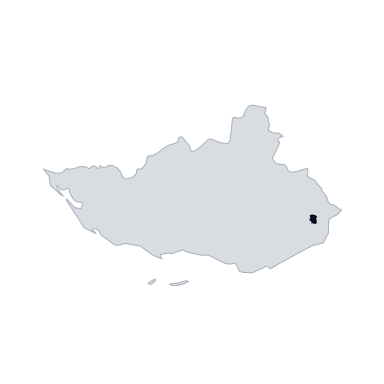 Cucuyagua, Copán, Honduras shown in context, rotated 194°
{"feature_id": "27666195B10036969380413", "entity_name": "Cucuyagua", "entity_type": "district", "adm_level": 2, "iso_a3": "HND", "parent_name": "Honduras", "parent_adm1": "Copán", "projection": "natural_earth1", "projection_center": [-88.859, 14.693], "detail": "fine", "context": "in_parent", "style": "filled", "palette": "ink", "viewbox_px": 384, "rotation_deg": 194, "n_neighbors": 0, "source": "geoboundaries", "source_scale": "gbopen_adm2", "svg_char_len": 3760}
<svg xmlns="http://www.w3.org/2000/svg" viewBox="0 0 384 384"><g transform="rotate(194 192 192)"><path d="M341.3,178.1L328.9,177.3L323.0,179.0L320.5,183.0L318.3,184.7L316.5,184.3L312.8,185.8L307.2,189.3L302.2,190.7L297.6,189.8L296.3,190.7L296.0,191.8L295.3,192.9L293.6,193.5L291.6,193.2L289.3,192.0L288.1,192.5L288.0,194.8L286.8,195.4L284.5,194.3L281.9,195.1L279.0,197.8L275.0,198.4L269.8,196.9L265.7,193.9L262.8,189.6L259.4,188.5L253.4,191.7L250.9,195.5L250.4,197.8L251.0,199.9L249.9,201.3L247.1,202.0L245.0,204.5L243.6,209.0L243.3,212.4L244.2,214.8L242.8,216.6L239.1,217.7L234.8,221.5L229.9,228.0L224.9,232.5L220.0,235.1L217.7,238.0L217.9,241.1L217.6,242.1L216.6,242.5L215.0,242.9L205.5,236.1L202.8,231.3L200.4,232.0L197.4,234.4L193.2,239.8L188.8,247.1L186.6,247.9L175.3,246.8L169.4,247.5L168.2,248.5L167.6,251.1L168.0,254.7L169.6,267.6L170.6,272.9L169.7,274.5L166.6,274.7L162.7,275.5L160.6,277.9L160.1,280.4L159.9,283.9L158.6,287.5L156.2,290.1L153.8,291.0L140.4,291.7L140.6,285.7L136.7,283.3L134.5,278.4L132.6,275.0L133.2,273.0L133.0,270.6L127.6,268.8L122.5,270.2L119.5,269.3L117.3,268.0L121.1,265.1L121.3,263.3L120.1,262.0L118.9,261.1L119.3,257.8L120.0,253.9L122.1,244.7L121.3,243.1L117.9,240.3L113.6,240.1L108.8,240.9L106.5,239.5L104.5,236.4L101.1,234.9L95.0,237.4L88.7,241.2L86.7,242.5L85.1,242.4L84.4,239.5L84.1,236.2L83.7,235.3L80.3,234.1L76.3,233.3L74.3,232.3L72.3,230.1L67.6,227.1L66.5,224.9L60.2,219.9L58.9,217.4L57.4,215.6L54.4,213.3L52.0,213.8L43.9,210.9L42.7,210.7L43.8,208.2L46.4,204.3L51.9,199.9L52.4,196.4L50.9,189.7L49.5,185.3L50.3,183.3L52.0,175.5L53.3,173.7L61.3,169.7L62.1,169.1L68.4,163.6L75.4,157.4L82.6,150.6L90.7,143.0L95.2,138.5L97.3,136.6L102.0,138.2L105.6,134.6L107.8,133.4L112.7,129.1L114.3,128.1L122.6,126.4L126.6,126.4L130.1,130.8L132.9,133.2L138.2,131.1L142.6,130.7L160.8,134.7L168.0,132.9L181.3,132.5L187.2,133.6L195.6,127.8L201.0,126.6L207.4,123.9L206.5,121.2L205.0,120.0L214.7,121.2L229.1,127.0L244.5,125.9L250.0,122.8L253.6,121.9L269.4,127.9L273.6,132.5L276.8,132.9L279.3,131.9L280.0,130.9L276.9,129.9L275.5,128.5L287.9,131.3L311.4,153.1L311.9,154.9L301.9,148.4L296.6,148.9L295.2,150.0L295.5,153.5L296.0,155.1L298.3,155.3L300.0,154.4L304.1,155.5L306.8,157.8L310.2,161.4L312.2,165.3L314.3,165.4L316.4,163.0L320.4,162.7L323.0,165.4L324.8,165.2L322.2,161.2L316.2,157.1L317.6,157.0L331.0,164.2L334.8,173.3L338.0,175.4L341.3,178.1ZM184.1,100.0L176.4,104.4L174.0,104.3L177.5,100.9L183.2,98.0L188.0,96.5L192.0,97.1L184.1,100.0ZM210.4,95.3L206.8,98.5L206.1,97.1L207.9,94.0L210.1,92.3L212.2,92.5L211.7,93.8L210.4,95.3Z" fill="#d9dde1" stroke="#a8b0b8" stroke-width="1"/><path d="M65.2,191.6L64.9,191.7L64.9,191.8L64.7,191.9L64.7,192.0L64.4,192.0L64.3,192.4L64.3,192.5L64.5,192.5L64.8,192.6L64.9,192.8L65.0,192.9L65.0,193.0L65.1,193.3L64.9,193.3L64.9,193.2L64.7,193.0L64.7,193.3L64.8,193.5L65.0,193.5L65.2,193.8L64.9,194.1L65.0,194.2L65.3,194.2L65.3,194.3L65.5,194.5L65.4,195.0L65.5,195.2L65.6,195.3L65.7,195.5L65.8,195.5L65.9,195.8L65.9,196.0L65.9,196.3L65.9,196.5L65.9,196.8L65.8,197.0L65.7,197.0L65.8,197.3L66.0,197.4L66.0,197.5L65.9,197.7L65.7,197.8L65.6,198.0L65.8,198.1L66.8,198.6L68.5,198.6L70.1,198.5L71.2,197.5L70.6,196.6L70.0,195.3L70.0,195.2L70.1,194.9L70.1,194.7L70.0,194.4L70.1,194.2L70.1,193.9L70.3,193.8L70.4,193.7L70.5,193.7L70.4,193.5L70.2,193.5L69.9,193.4L69.7,193.2L69.5,193.3L69.4,193.3L69.4,193.2L69.2,193.2L68.9,193.2L68.7,193.0L68.4,192.9L68.5,192.8L68.5,192.7L68.4,192.7L68.3,192.8L68.2,192.7L68.0,192.4L68.0,192.2L67.9,192.1L67.9,191.9L67.8,192.0L67.7,192.1L67.6,191.9L67.4,191.9L67.2,191.9L67.2,191.7L66.9,191.7L67.0,191.6L66.9,191.5L66.7,191.6L66.4,191.5L66.0,191.5L65.8,191.5L65.7,191.5L65.5,191.8L65.4,191.8L65.3,191.7L65.2,191.6L65.2,191.6Z" fill="#0f172a" stroke="#020617" stroke-width="1.5"/></g></svg>